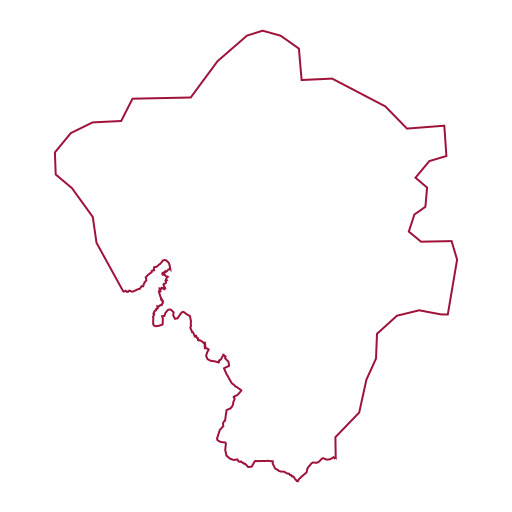 the district of Aksy, Jalal-Abad, Kyrgyzstan
{"feature_id": "92254566B91870042144057", "entity_name": "Aksy", "entity_type": "district", "adm_level": 2, "iso_a3": "KGZ", "parent_name": "Kyrgyzstan", "parent_adm1": "Jalal-Abad", "projection": "orthographic", "projection_center": [71.846, 41.557], "detail": "fine", "context": "isolated", "style": "outline", "palette": "rose", "viewbox_px": 512, "rotation_deg": 0, "n_neighbors": 0, "source": "geoboundaries", "source_scale": "gbopen_adm2", "svg_char_len": 5451}
<svg xmlns="http://www.w3.org/2000/svg" viewBox="0 0 512 512"><path d="M123.2,291.3L123.9,291.6L125.5,290.7L126.8,291.8L127.1,291.6L127.9,291.9L128.6,291.0L129.7,290.6L131.4,291.5L132.8,291.6L134.0,291.1L138.4,289.0L139.7,288.9L140.7,287.5L141.2,286.6L141.3,286.4L141.5,286.2L142.1,286.2L142.4,286.3L142.9,286.3L143.1,286.3L143.2,286.2L143.5,285.7L143.5,284.9L143.7,284.2L144.1,283.5L144.5,283.1L144.6,282.6L144.6,282.1L144.9,281.9L146.4,280.4L146.1,278.5L146.0,278.1L145.7,277.3L148.2,274.7L151.7,272.2L151.7,271.0L152.2,270.6L154.1,270.3L153.9,269.4L153.8,268.6L154.4,267.0L156.6,266.8L158.8,264.8L160.4,263.7L162.0,261.7L162.8,260.6L164.5,260.0L166.2,260.4L167.7,261.8L168.8,262.9L169.7,265.5L169.9,267.2L170.0,267.7L170.1,267.8L170.3,269.3L170.0,269.0L168.3,269.5L167.0,271.1L165.7,272.0L165.3,272.2L165.1,272.1L165.0,271.5L164.9,271.6L164.5,272.1L164.1,272.2L163.9,272.7L163.4,273.0L162.7,272.9L162.7,273.0L162.5,273.4L162.5,273.7L162.3,274.0L162.4,274.4L162.7,274.7L163.4,274.8L163.8,274.7L163.9,274.2L164.3,274.1L164.6,274.6L165.1,275.2L165.5,275.8L166.0,276.2L166.7,276.4L167.1,276.5L167.7,276.8L166.9,277.3L166.1,279.3L166.7,280.1L166.0,280.2L165.8,280.2L165.5,280.6L165.8,281.0L165.9,281.7L166.1,282.4L166.1,282.6L165.3,283.3L164.9,283.6L164.5,283.9L163.9,283.9L163.5,284.7L164.1,286.4L164.7,287.2L165.3,288.2L165.3,288.5L164.7,288.6L164.3,288.6L164.0,289.2L163.6,288.9L163.2,288.5L162.9,288.3L162.7,288.0L162.3,288.0L161.9,287.9L161.5,287.9L161.4,288.4L161.0,289.1L159.5,288.5L159.5,289.0L159.9,289.9L160.4,291.4L159.6,291.6L159.1,291.4L158.9,291.4L159.3,293.0L160.2,296.1L160.7,297.2L161.5,298.8L160.9,299.3L160.9,299.5L161.3,299.6L161.9,299.9L162.1,300.1L162.3,300.2L162.7,300.7L162.3,301.2L162.4,301.5L163.1,302.1L162.7,303.3L162.1,303.8L161.9,304.9L161.4,305.3L160.9,305.2L160.4,305.1L159.9,305.5L159.6,305.6L159.2,305.9L159.1,306.1L159.1,306.3L158.4,306.6L157.9,306.6L157.3,306.3L157.3,306.8L157.7,307.2L157.8,308.3L157.5,308.6L157.1,308.6L156.7,308.7L156.6,308.9L156.4,309.1L156.1,309.4L155.8,309.5L156.0,310.2L154.3,311.4L153.6,313.1L153.5,313.7L154.2,313.8L154.2,314.2L153.3,316.4L153.0,316.8L153.3,317.6L153.4,318.1L153.2,319.3L153.2,324.3L154.0,325.5L155.5,326.2L158.5,325.9L162.6,324.5L162.9,318.8L162.1,316.2L164.4,315.9L165.4,313.0L167.4,310.5L168.4,309.6L170.8,309.6L173.6,312.3L173.2,315.4L175.0,318.8L177.5,318.3L179.0,316.1L181.5,312.7L182.9,311.8L184.4,312.4L186.2,313.9L187.8,314.9L190.0,316.1L190.5,319.1L191.1,321.6L190.7,323.3L191.0,326.1L190.3,327.6L191.0,329.6L191.7,330.7L191.9,332.0L193.0,332.3L193.5,333.3L194.8,336.4L195.2,336.8L195.5,336.7L195.7,336.4L195.7,335.8L195.9,335.7L196.1,335.8L196.8,337.5L197.6,338.6L198.0,338.5L197.9,339.9L198.2,340.2L198.4,340.1L198.6,340.4L198.9,340.5L199.1,340.5L199.6,340.2L200.8,340.7L203.0,342.2L203.6,343.1L204.5,342.6L205.0,342.7L204.8,343.4L204.8,344.1L205.2,344.3L205.3,344.5L204.9,345.4L204.7,345.6L204.7,345.9L204.9,346.0L205.2,346.1L205.3,346.2L205.1,346.4L205.1,346.7L204.7,347.0L204.9,348.3L206.1,348.2L206.8,348.3L208.7,349.5L207.1,352.5L206.1,355.9L207.6,359.2L210.7,360.8L215.2,361.4L218.7,362.5L219.0,362.0L218.9,361.3L219.1,360.5L219.6,360.1L220.3,360.0L221.0,359.2L221.7,358.1L222.0,357.3L222.5,356.4L223.2,355.8L223.3,355.1L223.3,354.7L223.5,354.7L223.5,355.1L223.6,355.3L223.8,355.6L224.2,355.7L224.9,355.9L225.6,356.8L225.1,357.6L225.1,358.3L228.5,361.8L229.1,365.8L224.0,368.3L226.7,374.5L228.0,376.4L229.1,378.6L230.5,381.0L231.7,383.1L232.6,383.9L234.2,385.0L235.1,386.2L237.0,387.2L239.5,389.0L240.7,389.8L241.3,390.5L240.4,391.8L239.5,392.6L238.9,393.5L238.1,394.3L237.1,395.2L234.9,396.2L233.8,396.7L233.7,397.4L234.2,398.0L234.7,398.9L233.3,402.1L233.0,404.7L231.9,406.7L230.4,408.5L230.2,408.7L229.5,408.7L226.4,410.3L226.4,411.7L226.0,413.6L225.1,420.6L223.7,421.7L223.0,423.7L223.3,426.1L219.8,430.0L217.0,438.6L217.6,440.3L220.7,442.0L225.4,442.5L225.9,443.9L225.2,449.9L226.4,455.5L229.9,458.6L233.4,459.9L234.5,459.9L235.6,459.7L236.3,459.6L237.0,459.3L237.4,459.6L238.1,460.6L238.5,461.5L238.8,461.6L239.6,461.6L240.2,461.8L240.9,461.4L241.5,462.1L242.0,462.4L243.3,462.8L243.5,463.0L243.4,463.4L243.8,463.6L244.3,463.6L244.7,463.8L245.2,463.8L245.5,464.4L245.9,464.5L248.1,467.0L251.6,466.7L254.9,461.1L265.4,461.0L267.5,460.8L270.4,461.1L272.8,461.3L272.7,463.6L274.3,466.8L275.2,468.5L276.6,469.4L277.8,469.9L278.7,470.8L280.5,471.5L282.2,471.5L284.1,471.8L284.5,471.9L284.8,472.1L285.5,472.5L286.2,473.0L286.5,473.2L287.8,473.6L288.7,473.6L289.3,473.9L289.8,474.9L290.8,475.0L291.2,475.1L291.6,476.0L291.8,476.3L292.3,476.1L292.6,476.1L292.7,476.5L293.6,476.9L294.2,477.5L294.5,478.1L295.2,479.3L295.8,479.9L296.4,480.2L296.8,481.0L297.8,481.3L299.0,479.1L300.9,477.3L302.0,476.3L306.5,472.4L306.9,471.2L307.2,469.1L308.8,466.4L309.8,465.5L310.7,464.3L311.8,463.1L313.0,462.5L316.8,462.8L319.1,461.6L320.8,459.8L322.0,458.6L323.2,458.2L324.1,458.6L327.0,459.7L330.3,459.2L333.6,457.2L334.6,458.2L335.4,457.3L335.7,457.6L335.4,437.2L359.2,412.5L366.4,379.7L376.0,358.6L377.0,333.8L397.0,315.7L419.2,310.3L441.0,314.4L447.8,314.5L457.1,259.6L451.6,241.1L421.0,241.7L408.8,231.6L414.4,214.5L425.4,206.8L427.1,187.6L415.5,177.7L429.3,161.1L446.4,156.0L444.3,125.7L407.0,128.6L385.3,106.4L332.1,78.6L301.6,80.0L298.9,48.6L280.6,35.7L262.6,30.7L247.0,35.6L217.6,61.1L190.7,97.5L132.5,98.7L121.2,121.0L92.6,122.4L70.8,133.1L54.9,152.4L55.7,174.5L72.0,188.2L92.8,217.0L96.5,242.8L123.2,291.3Z" fill="none" stroke="#9f1239" stroke-width="2"/></svg>